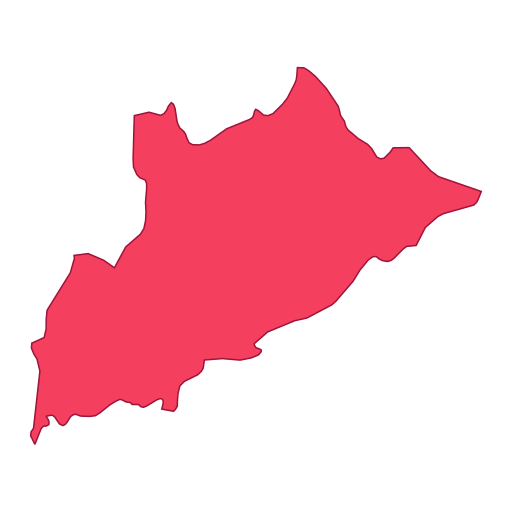 outline of Tiranë
{"feature_id": "ALB-1529", "entity_name": "Tiranë", "entity_type": "County", "adm_level": 1, "iso_a3": "ALB", "parent_name": "Albania", "parent_adm1": "", "projection": "albers", "projection_center": [19.744, 41.26], "detail": "fine", "context": "isolated", "style": "filled", "palette": "rose", "viewbox_px": 512, "rotation_deg": 0, "n_neighbors": 0, "source": "natural_earth", "source_scale": "10m", "svg_char_len": 2324}
<svg xmlns="http://www.w3.org/2000/svg" viewBox="0 0 512 512"><path d="M34.9,444.4L30.7,435.9L31.1,431.8L33.5,428.3L39.9,371.1L37.0,359.0L33.8,353.9L31.4,348.0L31.8,343.1L44.2,337.5L46.1,328.9L46.2,318.8L47.1,310.2L70.3,272.8L74.4,258.4L74.0,255.4L88.2,253.6L103.8,260.3L114.4,267.8L125.7,247.0L140.4,234.2L143.9,228.6L145.6,220.4L146.0,211.5L145.5,202.2L146.6,189.3L146.6,183.6L145.3,180.1L139.8,177.7L136.8,174.5L133.5,167.1L133.1,158.2L134.3,115.6L149.0,112.2L160.6,115.3L164.0,113.6L166.7,110.1L168.4,106.1L171.3,102.6L173.5,104.3L175.1,108.6L177.0,121.2L178.1,124.7L180.0,128.2L182.6,130.4L184.2,132.1L185.6,134.3L186.9,138.2L189.1,142.8L192.6,144.7L199.4,144.9L204.2,143.5L210.1,140.5L226.6,128.8L249.9,119.3L252.6,117.4L253.8,114.4L254.4,111.5L255.7,109.3L258.2,110.5L263.6,115.1L268.0,115.6L273.0,113.6L282.7,104.0L287.3,98.1L294.6,83.9L296.2,79.9L296.8,75.6L297.4,67.6L303.9,67.8L308.7,70.7L315.3,76.3L326.3,88.4L338.2,106.2L339.6,111.2L340.2,114.3L341.1,116.5L344.4,121.1L345.0,123.7L345.9,126.6L347.8,129.7L358.2,138.6L367.7,144.4L371.8,148.8L376.7,156.9L380.2,158.8L384.1,158.2L390.1,152.2L393.2,147.8L409.1,147.6L430.6,170.7L438.4,176.6L481.3,191.5L477.9,200.0L476.5,202.5L473.9,205.0L443.6,213.6L437.9,216.5L425.4,227.4L416.1,245.5L406.7,246.4L403.0,249.1L394.1,258.2L391.0,260.5L387.4,261.5L382.5,260.6L378.8,258.8L376.3,256.5L372.8,256.8L368.3,259.9L360.1,269.9L353.1,281.2L336.0,301.1L331.9,304.8L306.9,318.0L294.7,320.7L267.7,331.9L254.1,343.8L254.6,345.6L256.2,347.8L259.5,348.9L261.4,350.1L261.1,351.8L258.5,354.9L251.3,357.9L240.1,360.1L222.5,358.6L204.4,360.0L203.2,368.1L201.4,371.3L197.8,374.7L184.5,381.3L179.8,386.0L178.0,393.7L177.5,399.5L177.3,406.2L175.5,409.3L173.6,411.3L161.7,409.1L163.1,403.6L163.2,402.1L162.9,400.2L162.0,399.1L161.0,398.7L159.5,398.8L156.5,400.0L146.7,406.0L143.6,407.3L140.6,406.6L139.6,405.3L137.9,404.5L132.3,404.5L131.4,403.8L130.9,403.0L130.3,402.6L125.9,401.9L121.7,399.7L119.7,399.4L115.5,401.4L109.8,404.9L100.0,412.8L95.4,415.7L89.7,416.4L81.0,416.1L78.6,415.4L76.1,414.3L73.2,414.7L70.6,416.6L67.4,421.7L65.3,424.4L62.9,425.6L59.5,424.0L55.0,417.4L52.9,415.5L51.0,415.2L48.0,415.9L46.7,416.0L46.2,416.3L48.5,420.1L49.1,422.5L48.8,424.7L45.8,426.2L44.1,425.9L42.3,427.3L41.2,428.5L34.9,444.3L34.9,444.4Z" fill="#f43f5e" stroke="#9f1239" stroke-width="1.5"/></svg>